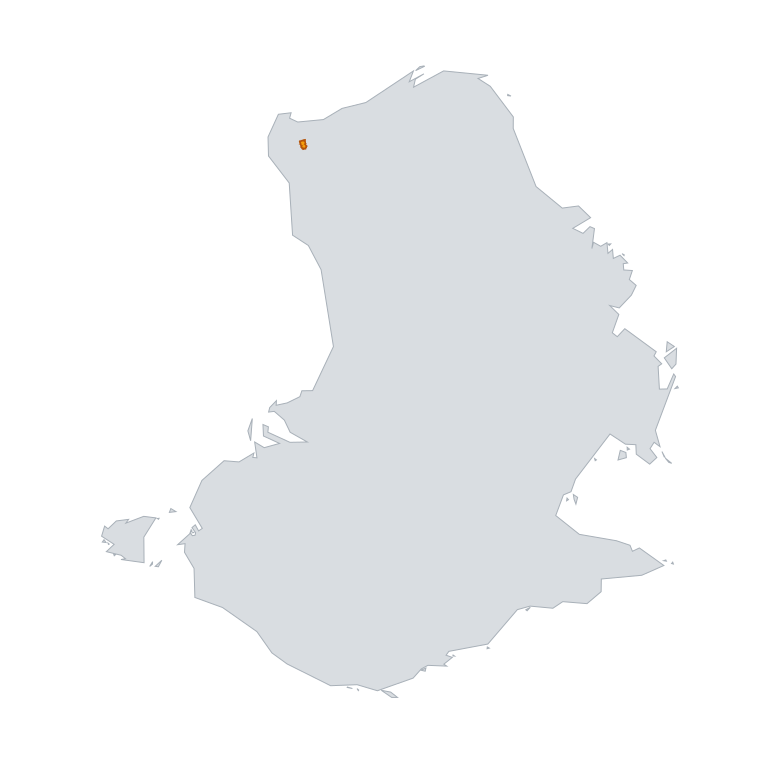 Narrogin, Western Australia, Australia shown in context, rotated 85°
{"feature_id": "25037944B27145137337674", "entity_name": "Narrogin", "entity_type": "district", "adm_level": 2, "iso_a3": "AUS", "parent_name": "Australia", "parent_adm1": "Western Australia", "projection": "albers", "projection_center": [117.255, -32.997], "detail": "fine", "context": "in_parent", "style": "filled", "palette": "amber", "viewbox_px": 768, "rotation_deg": 85, "n_neighbors": 0, "source": "geoboundaries", "source_scale": "gbopen_adm2", "svg_char_len": 5759}
<svg xmlns="http://www.w3.org/2000/svg" viewBox="0 0 768 768"><g transform="rotate(85 384 384)"><path d="M597.0,143.9L597.2,184.5L609.8,185.8L620.5,200.9L616.4,224.9L622.1,235.3L618.0,257.8L620.4,270.8L652.1,303.2L656.0,342.7L659.6,345.8L662.3,339.8L668.3,348.8L670.5,346.1L668.1,364.8L671.1,371.7L679.5,380.6L689.0,417.3L681.2,437.0L679.9,463.5L654.4,505.0L642.1,519.1L619.6,532.2L592.6,564.3L580.2,591.0L551.2,589.3L534.3,597.4L525.7,596.1L526.1,603.6L515.8,589.9L518.4,588.1L518.2,585.4L515.8,584.6L510.3,587.8L507.8,584.3L514.2,581.5L512.0,577.6L490.2,588.2L464.2,573.8L446.5,550.0L449.0,535.2L441.4,519.6L445.7,521.1L446.5,517.0L430.5,517.9L437.0,508.9L434.1,493.2L425.3,508.6L413.8,508.1L416.6,502.9L421.9,503.9L433.9,482.8L435.1,465.4L423.9,481.7L411.3,486.4L401.7,495.7L401.9,501.4L397.5,499.9L391.2,492.6L395.8,493.3L394.4,482.1L389.3,468.9L383.6,466.4L384.4,455.7L342.3,431.1L264.6,436.7L239.4,447.3L227.8,462.1L175.5,460.9L146.8,479.2L127.8,478.0L106.1,465.7L105.7,452.9L111.0,454.9L115.5,447.1L115.3,421.3L105.8,401.8L102.0,377.5L74.7,327.4L85.1,332.5L78.5,317.2L83.1,326.2L90.9,328.7L77.3,297.3L85.5,253.5L87.8,263.7L96.7,252.2L129.2,231.9L140.7,233.0L200.6,215.3L224.3,191.1L223.6,174.7L236.3,163.7L245.4,182.4L251.3,172.6L245.2,165.1L247.5,160.8L267.2,165.1L261.1,162.9L265.7,156.1L262.6,149.6L273.4,149.5L269.9,144.6L278.9,144.6L276.3,137.6L284.7,130.7L285.0,135.2L291.3,135.2L292.6,126.7L301.3,130.5L307.8,124.2L317.0,129.8L328.7,143.0L325.5,152.3L335.2,144.0L352.9,152.1L357.2,147.5L349.9,139.3L375.6,110.0L379.6,112.6L388.1,105.6L390.3,109.4L413.1,110.1L413.6,102.3L399.3,94.5L402.0,92.9L453.8,117.7L470.5,114.5L465.6,120.0L471.6,124.6L481.0,118.6L487.0,126.3L475.9,138.8L466.4,138.4L465.0,148.7L453.5,163.2L495.4,201.5L507.6,207.1L510.1,214.9L530.0,224.4L550.8,202.5L560.4,166.1L566.1,153.0L572.3,151.1L569.6,143.9L589.2,121.0L597.0,143.9ZM497.5,622.9L515.6,636.6L541.1,638.6L535.9,661.3L535.5,656.8L531.7,660.8L526.8,675.2L520.2,666.8L511.0,678.6L501.2,674.7L504.2,671.5L497.1,662.6L496.6,650.2L500.1,653.3L494.9,634.9L497.5,622.9ZM373.9,89.4L389.6,91.4L393.9,96.0L382.4,102.5L373.9,89.4ZM406.9,518.2L428.9,521.8L418.8,523.7L406.9,518.2ZM478.5,149.0L480.1,157.5L470.7,154.4L473.3,149.0L478.5,149.0ZM688.9,413.4L691.5,404.2L697.4,397.9L696.9,403.7L688.9,413.4ZM540.2,620.7L546.4,624.7L545.7,627.8L540.2,620.7ZM372.0,91.5L376.5,100.0L366.6,98.2L372.0,91.5ZM493.2,609.0L489.5,607.2L493.0,602.4L493.2,609.0ZM520.4,203.3L515.4,204.7L510.6,205.0L513.8,201.0L520.4,203.3ZM74.6,325.2L71.0,320.7L70.6,316.4L71.1,316.1L74.6,325.2ZM543.3,630.4L545.3,633.3L540.8,630.0L543.3,630.4ZM670.6,367.0L673.7,368.0L672.4,372.0L670.6,367.0ZM619.2,257.7L622.4,261.2L621.3,262.4L619.2,257.7ZM517.7,674.7L516.9,678.4L514.7,676.5L517.7,674.7ZM684.6,442.0L683.1,447.1L682.7,446.9L684.6,442.0ZM413.9,94.5L411.7,92.0L413.5,91.1L413.9,94.5ZM486.9,107.1L482.3,110.3L488.1,104.3L486.9,107.1ZM687.2,436.3L685.1,437.4L686.7,435.9L687.2,436.3ZM478.8,180.3L476.6,180.7L478.1,179.0L478.8,180.3ZM471.0,147.4L468.2,147.3L470.3,145.1L471.0,147.4ZM108.2,232.4L107.5,235.7L106.3,235.5L108.2,232.4ZM585.1,118.1L584.4,120.8L583.8,118.6L585.1,118.1ZM515.5,586.0L515.5,587.8L515.0,587.1L515.5,586.0ZM481.1,111.2L475.5,113.0L481.4,110.5L481.1,111.2ZM277.0,133.7L274.9,135.5L276.3,133.4L277.0,133.7ZM519.8,672.5L518.4,672.8L519.5,671.7L519.8,672.5ZM516.3,212.3L513.6,211.6L515.3,210.3L516.3,212.3ZM265.6,147.5L264.1,148.5L264.2,145.9L265.6,147.5ZM531.6,667.7L529.6,668.2L530.7,666.4L531.6,667.7ZM588.6,111.4L587.9,113.2L586.6,111.9L588.6,111.4ZM513.8,588.0L515.2,590.1L512.3,588.8L513.8,588.0ZM656.7,304.4L655.0,304.0L656.3,302.1L656.7,304.4ZM660.9,339.1L660.0,338.8L661.2,337.4L660.9,339.1ZM499.1,620.4L498.2,621.6L498.2,619.8L499.1,620.4Z" fill="#d9dde1" stroke="#a8b0b8" stroke-width="1"/><path d="M133.8,441.3L133.8,441.6L133.9,441.8L133.9,442.2L133.9,442.4L133.9,442.5L134.0,442.5L134.3,442.7L134.3,442.9L134.2,442.9L134.2,443.0L134.3,443.0L134.2,443.1L134.2,443.5L134.2,443.8L134.3,443.8L134.5,443.8L134.6,443.7L134.6,444.3L134.6,444.5L134.6,444.9L134.5,445.1L134.8,445.2L134.8,445.4L134.8,445.5L134.8,445.8L134.8,446.0L135.0,446.1L134.9,446.2L134.9,446.6L134.7,446.6L134.7,446.8L134.8,446.9L135.1,446.9L135.3,446.8L135.5,446.8L135.8,446.8L135.9,446.7L136.0,446.7L136.4,446.6L136.6,446.5L136.7,446.4L136.8,446.4L137.0,446.3L137.1,446.2L137.2,446.3L137.3,446.4L137.3,446.2L137.7,446.2L137.7,446.3L137.8,446.3L137.9,446.2L138.1,446.2L138.3,446.1L138.4,445.9L138.4,446.1L138.6,446.1L138.6,445.9L138.9,445.8L139.1,445.8L139.3,445.8L139.5,445.8L139.7,445.7L139.8,445.7L139.8,445.4L139.9,445.5L140.1,445.5L140.4,445.6L140.6,445.5L140.6,445.8L140.8,445.8L140.8,445.7L140.9,445.4L141.1,445.4L141.1,445.5L141.2,445.4L141.5,445.4L141.5,445.5L141.6,445.3L141.8,445.3L141.9,445.1L141.9,444.9L142.2,444.9L142.5,444.8L142.7,444.7L142.7,444.4L142.6,444.2L142.8,444.2L142.9,443.9L142.7,443.9L142.7,443.7L142.8,443.7L142.7,443.5L142.7,443.4L142.8,443.4L142.8,443.2L142.8,442.7L142.7,442.7L142.8,442.6L142.8,442.3L142.9,442.1L142.8,441.9L142.8,441.7L142.7,441.7L142.4,441.5L142.2,441.5L142.0,441.4L142.0,441.5L141.9,441.5L141.7,441.5L141.6,441.3L141.5,441.2L141.5,440.9L141.3,440.9L141.1,440.9L140.9,440.8L140.6,440.8L140.6,440.6L140.5,440.3L140.4,440.3L140.2,440.3L140.2,440.5L140.1,440.9L139.9,440.9L139.7,440.9L139.7,441.0L139.4,441.0L139.2,441.2L138.9,441.4L138.7,441.5L138.7,441.4L138.4,441.4L138.2,441.4L137.9,441.4L137.9,441.5L137.7,441.3L137.6,441.6L137.7,441.8L137.4,441.8L137.5,441.8L137.5,441.4L137.2,441.3L137.3,441.4L137.1,441.4L136.9,441.4L136.6,441.4L136.3,441.4L136.2,441.4L135.9,441.4L135.7,441.4L135.5,441.5L135.4,441.5L135.2,441.5L134.9,441.5L134.8,441.4L134.6,441.4L134.4,441.4L134.2,441.4L133.9,441.3L133.8,441.3Z" fill="#f59e0b" stroke="#b45309" stroke-width="1.5"/></g></svg>